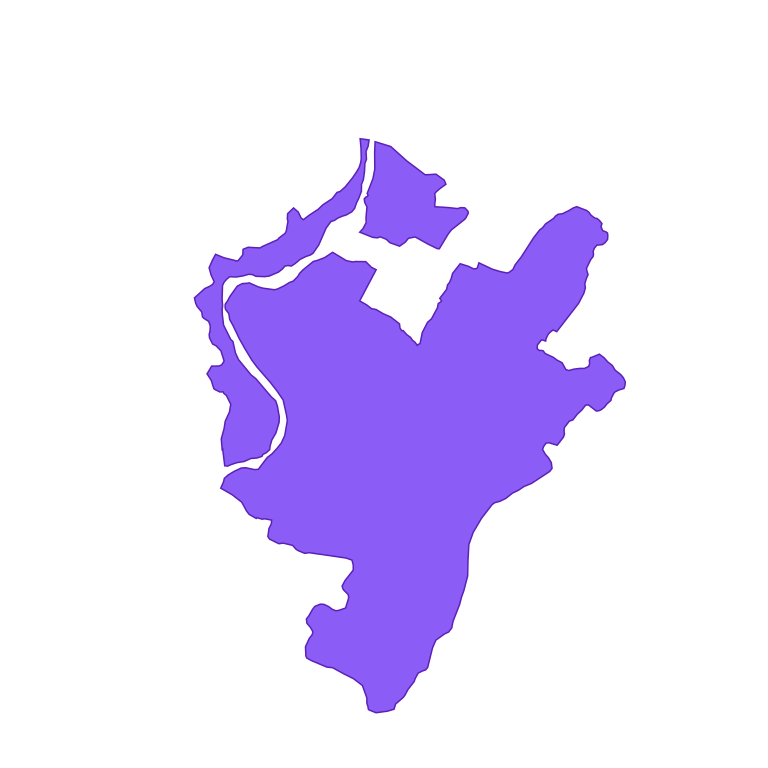 Markz Mallawi, Al Minya, Egypt, rotated 219°
{"feature_id": "37247803B90937698610862", "entity_name": "Markz Mallawi", "entity_type": "district", "adm_level": 2, "iso_a3": "EGY", "parent_name": "Egypt", "parent_adm1": "Al Minya", "projection": "mercator", "projection_center": [30.813, 27.775], "detail": "fine", "context": "isolated", "style": "filled", "palette": "violet", "viewbox_px": 768, "rotation_deg": 219, "n_neighbors": 0, "source": "geoboundaries", "source_scale": "gbopen_adm2", "svg_char_len": 6173}
<svg xmlns="http://www.w3.org/2000/svg" viewBox="0 0 768 768"><g transform="rotate(219 384 384)"><path d="M506.8,454.0L509.7,444.8L513.9,437.6L516.0,434.9L518.8,421.7L519.2,416.9L518.7,413.1L519.3,406.9L521.4,403.3L523.4,397.5L526.6,390.7L528.5,388.3L538.2,382.4L542.7,380.4L552.4,377.8L553.8,376.1L557.3,372.9L559.6,367.8L558.9,355.4L557.9,350.1L557.6,346.1L555.8,343.7L554.2,342.3L548.9,341.0L544.5,337.0L538.1,334.4L525.1,328.2L514.5,324.0L501.8,319.4L493.2,317.2L473.4,313.7L463.1,311.3L452.3,308.1L440.0,298.3L436.1,294.7L428.7,281.5L426.7,273.6L426.6,266.6L427.1,259.0L428.5,253.4L428.0,238.6L430.6,236.1L438.8,231.9L442.1,228.8L445.3,222.2L447.8,215.5L448.7,210.2L447.2,207.1L445.3,200.3L432.2,202.4L420.1,202.6L410.9,198.8L406.8,197.8L398.7,199.1L398.7,200.1L393.7,202.2L391.7,204.3L385.7,207.5L383.6,204.5L382.5,199.4L378.3,192.4L375.3,191.4L365.2,193.7L362.2,196.9L353.4,201.1L348.3,200.2L345.8,200.5L339.1,202.5L336.0,205.8L304.1,224.8L298.1,227.0L294.0,224.0L290.8,220.0L290.6,206.7L289.4,200.6L286.3,198.6L279.2,197.8L277.1,195.8L276.1,193.8L272.9,185.7L276.8,179.5L278.8,177.4L282.8,176.3L286.8,176.2L291.9,175.0L294.9,172.9L297.8,167.7L297.7,163.7L296.5,156.5L296.4,152.5L293.3,149.5L288.2,148.6L283.1,146.6L282.0,143.6L282.0,139.5L279.7,130.4L273.5,123.4L271.4,122.4L265.4,123.6L250.3,128.0L245.3,131.2L232.2,133.6L222.1,135.8L211.0,136.1L199.7,129.2L196.5,125.2L193.1,122.9L191.4,121.3L190.4,121.3L183.3,123.5L175.4,131.9L171.5,137.6L173.6,142.6L171.8,152.4L171.9,155.4L173.1,161.5L173.3,171.8L174.4,174.8L175.5,180.9L173.6,185.0L171.7,188.1L171.7,191.2L180.2,209.4L182.5,217.5L179.7,227.8L177.7,231.9L177.8,237.0L181.0,243.0L186.5,260.3L189.7,267.3L191.8,273.4L198.2,287.5L207.6,299.6L217.0,312.6L221.3,324.8L223.7,341.0L224.1,358.4L223.2,361.5L220.2,365.6L217.3,371.8L215.5,380.0L212.6,386.2L210.7,392.4L206.8,399.6L200.2,420.2L200.3,424.2L204.5,428.2L209.6,430.1L214.6,431.0L219.7,433.0L220.6,436.1L220.9,440.0L218.9,442.1L210.9,445.4L211.1,455.6L212.2,458.6L214.3,460.6L216.4,463.6L216.6,471.8L214.6,474.9L214.8,482.0L213.9,488.2L214.0,494.3L212.1,496.4L202.0,496.6L200.0,498.7L199.0,500.8L198.1,504.9L198.2,509.0L197.3,514.1L198.4,516.1L199.5,521.2L199.5,523.2L197.6,527.3L194.7,531.5L195.8,534.5L197.8,537.5L201.9,539.5L205.8,540.3L213.1,540.2L218.2,542.1L224.2,542.0L229.3,542.9L235.4,542.7L239.3,535.5L240.2,534.5L239.2,531.4L237.1,529.4L236.0,526.4L238.0,522.3L241.9,519.1L245.9,514.9L248.8,510.8L251.8,509.7L259.0,512.6L265.0,511.4L269.1,511.3L278.1,509.1L281.2,510.0L283.2,508.9L284.1,507.9L287.2,507.8L289.3,510.8L289.4,515.7L289.4,517.0L288.4,518.0L285.4,519.1L286.5,521.1L287.6,525.2L287.6,528.2L286.7,532.3L282.7,533.4L283.5,569.1L285.8,580.3L287.9,585.3L291.0,588.3L293.1,593.3L294.2,597.4L297.3,599.4L299.4,601.3L301.6,610.5L301.7,614.5L302.7,616.6L304.8,618.5L305.9,621.6L306.0,625.7L302.0,629.8L301.1,632.9L301.2,637.0L303.3,640.0L305.3,642.0L307.4,641.9L310.4,640.8L314.4,642.8L315.5,645.8L319.6,646.7L322.6,646.7L324.6,645.6L327.3,645.5L329.7,645.5L332.7,646.4L335.7,646.4L345.8,643.1L347.7,640.0L349.6,634.8L352.5,628.6L355.5,625.5L356.4,622.4L356.4,619.4L359.2,610.1L359.1,605.0L360.0,601.9L359.8,591.8L357.3,569.4L357.1,559.2L355.9,554.1L356.9,550.0L357.8,548.0L363.8,544.8L371.8,541.5L386.5,537.9L384.5,532.9L385.5,530.8L387.5,529.7L392.5,528.6L400.5,525.4L400.3,513.1L398.1,508.1L397.0,504.0L397.0,501.0L394.9,496.9L394.6,485.7L391.6,484.8L391.5,483.8L392.5,480.7L390.4,476.7L388.1,464.5L389.0,459.4L386.7,448.2L381.4,438.1L382.4,436.1L382.4,435.0L386.4,436.0L389.5,435.9L392.5,436.9L397.6,436.7L402.7,437.6L403.7,436.6L406.7,437.5L409.8,440.5L421.0,440.3L429.0,438.1L437.1,436.9L441.1,434.7L447.2,434.6L455.2,433.3L462.0,467.9L467.1,466.8L475.2,467.6L483.2,461.3L485.1,459.2L490.8,456.2L506.8,454.0ZM549.2,564.3L556.9,559.6L550.3,552.8L543.5,544.8L541.5,541.5L539.6,536.7L538.8,531.6L538.2,524.3L538.2,512.7L539.3,506.0L541.1,503.3L540.9,495.5L544.3,484.7L545.1,478.3L548.3,468.3L550.1,460.9L553.1,460.9L558.9,463.7L565.1,463.9L566.1,455.7L562.9,451.3L561.1,450.1L556.1,441.1L555.7,438.7L557.6,430.9L557.4,429.4L565.2,414.0L565.9,411.8L575.7,404.7L578.3,400.0L575.0,395.5L575.0,388.0L576.8,386.2L577.6,386.2L587.8,381.4L596.5,378.8L595.3,372.4L593.1,364.3L587.0,359.9L580.3,356.6L579.9,353.6L580.7,350.8L583.4,345.3L585.5,331.6L581.1,328.2L577.9,326.6L571.0,325.3L567.4,322.0L565.3,321.7L559.6,322.3L555.6,319.8L552.7,315.9L551.0,312.4L548.6,310.0L542.3,307.2L538.5,308.0L531.7,307.2L522.7,301.2L522.2,296.6L523.8,293.9L529.2,289.5L527.9,280.5L520.5,278.1L513.5,273.4L512.4,273.2L506.6,274.5L503.9,276.7L502.6,275.9L499.3,275.9L490.3,271.8L486.5,265.0L484.0,255.2L480.2,248.7L475.9,238.9L468.5,231.2L468.4,231.9L456.3,220.2L453.8,221.8L452.1,225.2L448.8,230.3L443.9,235.8L440.6,242.3L436.1,246.6L433.3,250.9L433.8,253.1L432.2,256.6L431.5,261.0L433.4,264.0L435.9,269.8L437.2,278.0L441.4,288.2L444.7,292.6L453.0,299.8L457.7,302.8L463.5,303.1L486.9,307.5L492.9,307.4L512.4,311.4L518.9,314.6L528.2,322.0L531.2,322.2L545.7,328.8L552.8,335.7L556.5,339.8L558.6,343.2L563.1,347.9L571.5,359.0L572.3,362.4L572.2,366.4L571.4,370.3L566.1,374.2L561.6,379.3L558.1,384.2L555.1,386.2L551.3,387.1L544.2,392.4L541.1,395.7L536.4,404.6L535.3,409.5L535.2,413.3L533.2,415.6L530.2,417.4L528.9,421.5L527.6,428.1L524.9,434.0L522.4,437.9L521.4,440.9L522.2,451.0L527.1,468.8L527.5,476.8L525.5,479.9L524.2,484.1L522.0,488.2L519.7,491.6L517.4,497.5L517.3,501.9L519.4,507.7L520.3,511.9L522.8,519.5L527.1,525.0L528.6,529.8L532.9,536.9L537.7,543.5L539.0,547.6L544.3,553.4L546.0,558.8L549.2,564.3ZM426.1,523.9L428.5,541.2L428.6,546.3L424.9,562.7L424.9,564.7L426.0,569.8L427.4,571.1L432.0,571.8L435.1,569.6L437.4,566.5L445.2,561.5L456.0,553.8L457.9,555.9L460.2,559.8L464.3,563.8L464.4,565.9L463.5,571.0L461.6,578.2L465.4,580.3L475.6,579.8L483.6,572.5L506.8,571.7L528.2,572.8L543.4,566.7L537.1,558.2L526.4,545.2L521.7,536.3L517.0,521.5L515.1,520.6L515.0,519.1L515.7,517.9L515.9,515.5L513.3,513.0L508.7,510.9L502.8,502.1L499.4,498.1L498.1,491.5L498.4,486.7L485.0,490.9L481.0,493.5L479.6,496.0L473.2,497.9L468.4,497.5L458.6,500.9L456.7,507.7L456.7,512.6L452.3,517.9L437.9,520.4L427.8,522.7L426.1,523.9Z" fill="#8b5cf6" stroke="#5b21b6" stroke-width="1.5"/></g></svg>